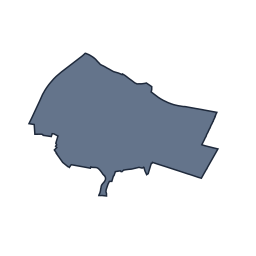 Schiedam, Zuid-Holland, Netherlands (Robinson projection), rotated 131°
{"feature_id": "6326949B24591073914340", "entity_name": "Schiedam", "entity_type": "district", "adm_level": 2, "iso_a3": "NLD", "parent_name": "Netherlands", "parent_adm1": "Zuid-Holland", "projection": "robinson", "projection_center": [4.387, 51.93], "detail": "fine", "context": "isolated", "style": "filled", "palette": "slate", "viewbox_px": 256, "rotation_deg": 131, "n_neighbors": 0, "source": "geoboundaries", "source_scale": "gbopen_adm2", "svg_char_len": 5123}
<svg xmlns="http://www.w3.org/2000/svg" viewBox="0 0 256 256"><g transform="rotate(131 128 128)"><path d="M117.8,39.7L116.7,39.9L112.0,40.9L110.3,41.2L108.6,41.6L107.9,41.6L107.6,41.7L107.4,41.7L107.3,41.8L107.1,41.8L106.9,41.8L106.6,41.9L106.4,41.9L106.2,42.0L105.6,42.2L87.7,45.8L84.8,46.4L87.3,51.2L88.4,53.4L89.1,54.7L90.0,56.5L91.0,58.5L92.2,61.3L90.8,61.7L89.5,62.0L88.0,62.4L86.4,62.8L85.2,63.2L84.0,63.4L82.8,63.7L81.9,64.1L81.4,64.4L80.5,64.5L79.3,64.8L78.4,65.0L78.0,65.1L77.8,65.3L77.5,65.4L77.2,65.4L76.9,65.4L76.3,65.7L75.6,65.9L74.6,66.0L73.2,66.5L72.7,66.6L72.3,66.9L69.5,67.5L68.6,67.8L68.0,68.0L67.8,68.1L67.4,68.0L67.2,68.1L66.5,68.3L65.8,68.7L65.7,68.8L64.7,68.9L64.1,69.1L63.8,69.2L62.7,69.5L62.4,69.6L61.8,69.9L61.9,70.0L61.1,70.2L60.2,70.5L59.7,70.8L59.2,70.8L58.5,71.0L57.9,71.2L64.7,82.7L65.3,83.8L66.4,85.6L67.4,87.3L68.7,89.4L71.2,93.6L74.4,99.0L75.1,99.8L75.6,100.5L76.5,101.9L77.2,103.1L77.5,103.5L78.5,105.2L78.8,105.8L79.0,106.2L79.2,106.5L79.5,107.0L79.6,107.3L80.5,109.0L80.7,109.6L81.3,111.0L81.6,111.6L81.6,111.9L82.0,112.8L82.8,115.1L82.9,115.6L83.4,117.4L84.0,119.5L84.1,120.1L84.5,122.0L84.7,123.1L84.7,123.4L84.8,123.6L84.8,123.9L84.8,124.1L84.9,124.6L85.0,125.2L85.0,125.4L85.4,131.5L85.6,134.2L84.5,134.7L84.2,134.9L83.6,135.2L83.2,135.5L82.5,136.1L81.2,137.2L82.0,143.7L82.3,143.9L82.5,144.0L82.8,144.2L83.2,144.5L83.3,144.6L84.8,145.9L85.8,146.8L86.1,147.1L86.6,147.7L86.9,148.1L88.5,149.8L88.7,150.0L88.8,150.2L88.9,150.3L88.9,150.5L89.4,152.2L89.5,152.8L89.7,156.2L89.8,157.5L89.9,158.3L90.1,160.9L90.1,161.7L90.2,163.1L90.2,163.6L90.3,164.0L90.3,164.6L90.4,165.1L90.5,165.8L90.6,166.5L90.9,167.7L91.6,167.5L92.2,169.5L92.8,171.3L92.9,171.5L94.9,175.8L95.1,176.6L95.6,179.0L96.0,181.1L96.5,183.1L96.5,183.3L96.6,183.7L96.8,185.0L97.4,187.6L97.7,188.5L98.2,190.6L97.9,192.7L98.0,192.9L97.7,194.8L97.8,194.9L97.7,195.1L97.7,195.4L97.7,195.6L97.6,195.9L97.6,196.1L97.5,196.5L97.5,196.9L97.5,197.2L97.4,197.5L97.4,198.0L97.4,198.8L97.4,199.4L97.4,199.9L97.4,200.0L97.5,200.0L97.6,201.7L97.7,201.9L97.7,202.3L97.8,202.8L97.8,203.0L97.9,203.5L98.0,203.9L98.0,204.2L98.1,204.4L98.1,204.6L98.2,204.9L98.2,205.1L98.3,205.3L98.3,205.6L98.4,205.8L98.5,206.0L98.5,206.3L98.6,206.5L98.8,207.0L98.9,207.4L99.0,207.7L99.1,207.9L99.2,208.1L99.2,208.3L99.3,208.6L99.4,208.8L99.5,209.0L99.7,209.3L100.6,209.4L103.2,209.7L104.8,210.0L106.2,210.3L117.1,212.5L129.3,215.0L135.2,215.9L136.7,216.1L137.0,216.1L138.4,216.2L139.6,216.3L141.0,216.3L142.3,216.3L143.4,216.3L144.3,216.3L147.3,216.2L150.6,215.9L152.2,215.7L153.5,215.5L154.8,215.3L156.0,215.0L157.1,214.8L158.2,214.6L159.0,214.4L165.5,212.4L177.8,208.9L183.7,207.2L189.7,205.6L186.9,201.1L193.8,194.2L193.3,193.6L193.1,193.4L189.5,189.3L188.9,188.2L189.0,188.0L189.0,187.9L189.1,187.7L189.2,187.4L189.2,187.2L187.7,184.9L184.8,180.3L182.0,181.5L181.0,180.0L180.0,175.6L186.2,172.8L186.2,172.7L186.3,172.7L186.5,172.6L186.6,172.4L186.8,172.3L187.0,172.3L187.1,172.0L187.2,171.4L187.3,171.2L187.5,170.8L187.6,170.7L187.8,170.7L189.3,170.7L189.4,169.6L189.5,168.9L192.9,169.2L193.9,165.3L194.2,165.4L196.8,154.7L196.6,147.9L196.3,147.6L196.2,146.4L195.9,146.5L195.7,146.5L195.4,146.5L194.6,146.6L193.9,146.7L193.4,146.7L192.9,146.7L186.4,135.8L183.0,130.0L182.6,130.1L181.7,130.5L181.5,129.8L181.4,129.6L181.3,129.4L181.1,129.2L180.8,128.7L180.5,128.4L180.1,127.8L180.0,127.7L179.8,127.5L179.5,127.1L179.3,126.9L179.2,126.7L178.8,126.2L178.6,125.8L178.5,125.6L178.3,125.2L178.2,124.8L178.2,124.6L178.1,124.4L178.1,124.2L178.1,123.7L178.1,123.3L178.1,122.7L178.1,122.3L178.2,122.0L178.2,121.6L178.3,121.2L178.4,120.5L178.6,119.6L178.7,119.1L178.8,118.7L178.9,118.4L179.1,117.4L179.3,116.8L179.4,116.5L179.4,116.0L179.5,114.6L179.4,114.5L179.5,114.4L179.6,114.2L179.6,113.9L179.8,113.4L179.9,113.1L180.0,112.9L180.1,112.7L180.4,112.3L180.6,112.1L180.9,111.8L181.0,111.7L181.3,111.5L181.6,111.3L181.7,111.2L182.0,111.1L182.3,111.0L182.7,110.9L183.0,110.8L183.4,110.7L183.9,110.7L184.2,110.6L184.6,110.6L184.9,110.6L185.1,110.6L185.8,110.6L186.4,110.6L187.1,110.6L187.4,110.5L187.5,110.5L187.8,110.5L188.1,110.5L188.3,110.4L188.6,110.4L188.9,110.3L189.0,110.2L189.4,110.0L189.9,109.8L190.3,109.5L191.3,108.9L191.7,108.7L192.0,108.6L192.6,108.1L193.0,107.9L193.6,107.5L194.9,106.9L195.0,106.8L195.1,106.7L195.5,106.6L196.1,106.4L197.3,106.1L198.1,105.7L197.3,104.8L197.0,104.4L195.8,103.1L195.7,102.9L193.4,99.6L191.5,101.3L190.7,102.7L189.9,103.3L188.7,104.1L183.6,106.2L180.5,107.0L178.9,105.2L173.8,107.5L173.2,107.3L169.2,108.9L165.6,105.9L165.4,105.8L165.5,104.6L164.8,103.9L164.3,103.9L163.7,103.8L162.7,103.7L162.0,103.1L161.8,103.0L160.6,102.0L160.3,101.7L160.0,101.4L159.7,101.2L158.4,100.0L157.9,99.5L156.6,98.3L150.5,93.9L149.0,91.1L148.6,90.8L148.2,90.7L147.3,90.4L147.4,89.8L147.5,89.7L147.8,89.4L149.3,87.0L150.9,83.5L151.0,83.3L149.2,82.8L148.6,83.1L141.5,86.3L140.0,86.9L139.5,87.2L139.3,87.0L139.1,86.8L138.7,86.7L137.9,87.0L137.1,85.1L135.9,82.2L132.4,74.1L129.2,66.5L126.8,60.9L125.3,57.3L124.5,55.4L123.3,52.5L122.7,51.3L121.6,48.7L119.0,42.3L118.4,41.1L117.8,39.7Z" fill="#64748b" stroke="#1e293b" stroke-width="1.5"/></g></svg>